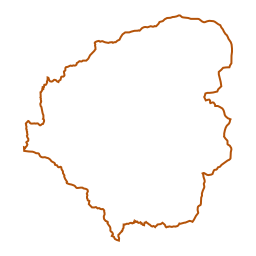 San Jerónimo, Antioquia, Colombia
{"feature_id": "7082276B34132684574045", "entity_name": "San Jerónimo", "entity_type": "district", "adm_level": 2, "iso_a3": "COL", "parent_name": "Colombia", "parent_adm1": "Antioquia", "projection": "mercator", "projection_center": [-75.715, 6.435], "detail": "fine", "context": "isolated", "style": "outline", "palette": "amber", "viewbox_px": 256, "rotation_deg": 0, "n_neighbors": 0, "source": "geoboundaries", "source_scale": "gbopen_adm2", "svg_char_len": 5715}
<svg xmlns="http://www.w3.org/2000/svg" viewBox="0 0 256 256"><path d="M24.2,150.9L28.9,151.5L32.6,151.7L34.4,152.3L36.1,153.2L38.1,153.3L38.9,153.7L39.8,155.6L40.4,156.4L41.5,157.1L42.9,157.4L44.4,157.2L45.4,157.3L46.3,157.7L48.0,158.1L48.9,158.6L50.2,159.6L51.5,161.3L54.4,162.9L54.9,163.5L54.9,164.6L55.0,164.8L57.1,165.4L57.8,166.7L58.1,167.0L58.9,167.3L60.5,166.8L61.2,167.2L61.6,169.3L62.9,171.3L63.0,173.2L64.4,175.4L64.2,176.6L65.2,179.0L67.0,181.7L66.6,182.6L66.9,183.2L69.2,184.1L71.3,184.5L73.9,185.4L75.1,186.2L75.9,187.3L76.6,187.9L77.5,188.0L80.9,187.6L82.6,187.7L83.4,188.4L85.9,188.9L87.4,189.7L87.9,191.2L86.8,193.8L87.4,195.1L87.3,195.7L87.0,196.4L87.0,198.1L87.5,198.8L87.6,199.9L87.9,200.4L89.0,200.7L89.4,201.0L88.8,204.1L92.0,207.4L94.1,207.5L95.9,207.1L96.2,207.2L97.6,208.4L99.1,208.1L99.9,208.5L100.2,208.9L101.6,209.2L102.8,209.0L103.6,209.7L104.2,210.5L104.2,211.9L104.5,212.7L104.6,214.4L103.8,216.3L103.9,218.1L104.2,219.2L105.7,221.0L106.5,221.2L107.7,221.9L107.8,222.4L107.5,222.8L107.5,223.3L109.2,225.8L109.7,226.3L110.1,227.1L110.4,228.2L110.4,230.7L111.1,231.7L112.0,232.2L112.6,233.1L112.9,233.9L112.9,234.5L112.2,235.1L111.8,236.0L113.9,236.8L114.6,238.4L114.9,238.9L116.7,239.9L118.9,240.6L119.1,238.4L118.9,237.5L118.4,236.6L118.4,234.8L119.5,233.9L120.3,232.8L122.0,231.3L121.8,230.9L122.7,229.9L122.7,229.1L123.5,227.9L123.6,225.3L124.0,225.0L123.8,224.5L124.6,224.4L124.8,224.6L126.9,223.7L128.4,223.9L129.6,223.2L131.0,222.8L132.2,223.4L132.7,223.0L133.2,223.1L134.1,222.7L134.0,222.1L134.1,221.6L135.2,221.9L135.4,221.7L135.9,221.8L135.7,221.3L136.2,221.6L137.3,221.6L138.1,222.7L138.6,222.9L140.1,222.6L140.5,222.3L140.8,222.7L141.6,223.2L141.4,223.8L142.1,224.0L142.7,224.8L144.1,225.2L144.2,223.9L144.6,222.7L145.5,222.7L146.1,222.0L146.8,222.7L147.9,223.4L148.9,224.3L149.6,224.5L151.2,226.0L152.3,226.5L153.4,226.0L154.3,226.4L155.1,227.1L155.5,226.5L156.7,225.6L157.5,224.5L160.7,224.1L162.5,222.8L164.3,224.3L165.2,225.3L165.5,226.5L166.3,227.3L167.9,226.7L168.4,226.8L169.2,226.4L171.9,226.9L173.7,226.4L175.8,226.6L176.2,226.3L177.4,226.1L177.8,225.8L178.7,224.8L179.4,223.5L180.3,223.8L184.3,222.7L185.4,222.6L189.5,220.9L191.1,221.2L192.5,221.8L194.0,219.6L196.0,215.8L198.1,213.1L198.2,212.8L197.6,209.9L197.8,207.4L198.0,206.8L198.7,206.0L200.5,205.0L200.9,203.8L201.2,197.6L202.0,195.7L201.9,193.5L202.8,190.7L204.2,187.6L204.3,186.4L203.8,184.0L203.9,183.4L204.6,182.1L204.7,181.7L204.6,180.2L203.5,176.8L203.2,174.4L202.6,173.4L203.5,173.0L204.2,173.1L207.0,174.8L208.3,175.1L211.2,174.6L212.5,174.0L213.5,171.3L214.1,170.2L214.5,169.9L216.4,169.6L217.2,168.8L217.9,167.4L220.0,166.7L221.5,164.9L227.6,160.5L229.2,159.8L230.2,158.9L230.5,158.3L230.8,152.1L231.4,149.5L231.2,148.0L229.8,145.7L227.8,144.5L227.5,144.1L227.5,141.0L227.0,140.2L225.7,138.9L224.0,136.5L224.2,135.8L224.2,133.5L224.9,130.2L225.7,127.7L226.8,125.7L229.0,123.6L229.8,121.8L230.0,120.4L230.5,119.3L227.8,118.2L225.6,116.3L224.7,114.7L224.3,112.7L223.6,110.4L222.4,108.5L219.7,106.9L217.8,106.0L215.2,106.0L215.0,104.5L213.6,102.6L212.6,102.4L210.4,103.1L210.1,102.6L210.1,100.7L209.4,99.7L208.2,99.7L205.8,100.4L204.2,97.0L204.8,95.9L205.4,93.5L207.2,92.9L209.4,92.9L213.1,92.5L217.3,91.5L218.2,89.3L221.3,86.3L220.7,82.0L218.8,74.3L218.8,71.9L221.3,69.8L223.1,67.8L226.1,67.4L229.4,67.3L230.1,65.3L231.4,63.3L231.5,55.7L232.0,51.8L232.0,48.6L231.6,44.6L230.8,42.2L228.3,38.5L228.1,37.6L227.1,35.7L226.5,34.8L225.6,34.2L223.9,31.6L222.9,29.4L221.3,27.4L220.3,25.2L218.4,24.3L214.9,21.8L213.5,21.2L209.3,20.8L207.1,21.3L204.8,22.2L203.8,22.2L202.3,21.6L199.2,19.2L198.2,18.9L190.9,18.9L188.3,18.0L183.1,17.4L182.0,17.1L180.1,15.5L179.4,15.4L178.8,15.4L176.6,16.4L174.3,16.9L172.7,17.0L170.4,17.8L167.1,18.0L164.8,19.2L162.8,21.1L159.5,22.0L158.5,23.8L156.2,26.2L155.9,26.3L154.4,26.1L153.8,26.6L152.7,26.7L150.7,26.2L147.5,27.3L145.5,27.0L144.2,27.1L142.2,28.0L139.6,30.7L139.2,30.7L138.4,30.4L137.6,30.7L134.5,30.8L131.4,31.6L129.2,32.4L125.2,32.4L122.5,34.4L120.8,37.0L119.5,39.7L117.4,40.7L115.7,42.2L114.4,42.2L112.9,42.8L112.6,42.7L112.2,42.2L111.9,42.2L109.7,42.4L108.5,42.9L105.2,42.3L103.3,41.6L102.7,41.2L101.1,41.3L100.6,41.7L100.1,41.7L98.9,40.9L97.0,41.3L96.2,41.7L95.6,41.9L95.1,42.3L94.7,43.0L95.3,44.5L95.0,45.6L95.4,47.1L95.5,49.3L94.7,50.2L94.4,50.8L90.1,55.2L88.3,58.7L86.3,60.6L82.9,60.6L82.0,61.3L81.4,61.5L79.4,61.2L78.0,62.4L76.8,63.1L76.5,64.6L75.6,65.4L74.4,65.6L73.3,65.4L72.0,65.9L70.4,65.6L67.6,66.9L66.1,67.1L65.4,68.0L65.3,70.4L64.8,70.9L64.1,71.3L63.9,71.8L64.5,75.2L64.2,75.9L63.4,76.6L61.8,76.6L61.2,77.0L60.5,79.8L59.2,80.6L58.6,81.3L58.4,82.0L57.2,81.5L55.8,80.1L54.6,79.8L54.0,79.9L52.5,81.3L51.3,81.6L50.1,81.3L49.4,80.6L48.4,77.8L47.6,77.5L47.6,79.8L46.9,81.6L47.1,82.4L46.6,83.6L46.0,84.6L45.7,84.9L45.3,84.9L44.7,84.7L44.3,84.8L43.9,87.2L43.7,87.3L43.1,86.9L42.6,87.1L42.6,87.5L43.4,88.9L43.3,89.2L43.0,89.3L42.5,89.0L42.3,89.0L42.2,90.0L42.0,90.7L41.4,91.4L41.1,92.1L40.5,92.3L40.7,96.1L40.7,96.8L40.4,97.4L40.9,98.3L40.7,99.1L41.2,101.2L41.0,101.5L41.0,102.3L40.4,103.4L40.3,104.1L40.7,106.1L41.4,107.0L42.6,113.1L42.9,114.1L43.2,114.6L43.4,115.5L43.4,118.2L43.0,118.9L43.7,119.3L43.9,119.7L44.1,120.6L44.0,121.5L43.0,123.9L42.0,124.1L40.6,125.2L40.2,125.3L39.7,125.2L38.1,123.6L37.5,123.4L35.1,123.6L34.7,123.4L31.9,123.6L30.8,123.5L29.8,122.8L29.5,122.1L28.8,121.6L28.6,121.1L28.2,121.0L25.9,123.4L25.8,123.8L26.1,124.4L26.1,125.5L26.5,126.6L26.2,128.9L26.7,129.5L26.7,130.9L27.2,131.9L27.0,132.6L27.5,134.8L26.9,135.8L27.4,137.4L28.3,138.8L28.3,140.3L28.1,140.9L26.5,142.0L26.3,142.3L27.4,144.5L26.8,145.9L25.6,147.3L25.4,147.3L24.6,146.7L25.3,147.6L25.2,148.0L24.0,147.4L24.2,150.9Z" fill="none" stroke="#b45309" stroke-width="2"/></svg>